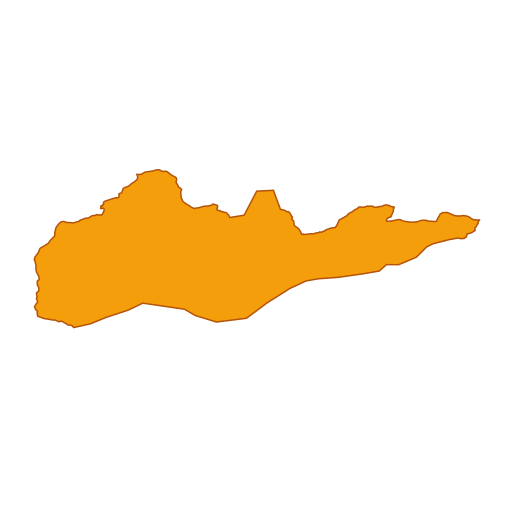 Berekum East Municipal, Brong Ahafo, Ghana, rotated 273°
{"feature_id": "2480657B78254100433505", "entity_name": "Berekum East Municipal", "entity_type": "district", "adm_level": 2, "iso_a3": "GHA", "parent_name": "Ghana", "parent_adm1": "Brong Ahafo", "projection": "equal_earth", "projection_center": [-2.534, 7.485], "detail": "fine", "context": "isolated", "style": "filled", "palette": "amber", "viewbox_px": 512, "rotation_deg": 273, "n_neighbors": 0, "source": "geoboundaries", "source_scale": "gbopen_adm2", "svg_char_len": 6022}
<svg xmlns="http://www.w3.org/2000/svg" viewBox="0 0 512 512"><g transform="rotate(273 256 256)"><path d="M303.7,477.3L303.6,476.4L303.4,475.8L303.4,475.4L303.4,474.6L303.7,473.2L303.7,471.0L304.6,469.1L304.7,468.8L305.6,467.7L306.5,465.9L307.0,463.8L307.2,461.0L307.1,459.8L306.5,456.9L306.7,455.9L306.4,455.1L306.6,454.1L306.7,452.5L307.1,450.9L308.2,448.2L308.8,446.4L309.3,445.5L309.5,442.9L309.2,442.0L309.1,440.0L308.1,438.7L307.5,437.7L307.2,437.5L306.1,437.1L303.2,435.6L301.8,435.1L301.0,434.6L300.0,434.4L299.9,433.7L299.8,431.7L299.9,428.2L299.8,426.4L300.5,424.5L300.5,422.4L300.3,419.7L300.1,418.8L298.5,415.2L298.5,414.3L298.2,412.7L298.1,411.6L297.9,408.8L298.5,401.4L299.4,399.3L299.8,398.1L299.9,397.6L299.9,397.0L299.6,395.3L298.6,391.7L298.0,388.9L297.4,384.9L298.4,384.3L299.3,384.6L300.8,385.6L301.6,387.0L301.9,388.5L302.0,388.6L308.0,390.8L310.0,390.8L311.4,391.4L312.1,391.4L312.2,390.7L312.2,390.3L312.7,387.4L313.2,386.8L313.5,386.3L313.5,385.2L313.8,383.7L313.9,383.1L313.4,382.1L313.3,381.1L313.1,380.6L312.3,379.5L312.0,378.3L311.9,376.8L311.5,375.5L311.1,374.7L311.0,374.3L311.1,373.7L311.0,373.3L310.8,373.1L310.8,372.4L311.3,370.7L311.8,369.7L311.9,368.9L311.8,367.5L311.5,366.2L311.7,365.1L311.7,364.6L310.3,361.2L310.4,356.3L309.4,355.5L307.7,353.2L307.4,352.2L305.8,350.6L305.3,349.7L304.8,349.2L304.2,347.8L302.8,345.8L301.8,345.2L300.8,344.4L300.1,343.0L299.6,342.5L296.2,337.1L291.0,335.2L290.3,334.8L289.8,334.3L288.8,333.8L288.3,333.3L288.4,333.1L288.3,332.5L288.4,332.0L288.2,330.9L287.7,329.7L287.6,329.3L287.6,328.5L287.4,328.0L287.0,327.8L286.8,327.5L286.6,326.3L286.2,325.7L285.9,324.7L285.5,324.5L285.3,323.8L284.6,323.2L284.0,321.4L283.2,320.7L283.4,320.2L283.2,319.5L283.2,319.1L283.4,318.3L282.9,317.8L282.7,317.3L282.5,316.8L282.5,316.3L282.3,315.6L282.1,314.5L281.7,313.8L281.5,313.0L281.1,312.4L281.1,311.6L281.0,311.2L280.9,310.7L281.1,310.1L281.1,308.7L280.8,308.0L280.6,306.8L280.3,305.8L280.4,304.9L280.1,304.1L280.2,303.7L280.1,302.7L280.2,302.1L280.4,301.7L280.2,301.3L280.0,301.1L280.0,300.8L280.1,300.4L283.0,299.0L284.6,297.7L285.1,297.5L285.9,296.7L286.8,295.1L288.3,292.9L289.2,292.3L289.5,292.4L292.6,291.9L293.1,291.6L293.9,290.8L294.3,290.0L295.3,289.9L296.7,290.4L297.0,290.2L297.3,289.8L297.9,289.3L298.7,288.9L301.1,287.3L301.9,286.1L302.0,285.7L301.8,284.7L301.9,284.3L303.0,282.6L303.9,278.0L313.0,274.0L322.5,270.0L320.8,253.3L296.1,242.0L293.1,227.8L294.6,227.0L295.3,226.8L295.8,225.8L297.6,224.3L298.0,223.3L298.0,222.1L298.4,220.5L298.6,219.1L299.0,218.6L299.3,217.5L299.8,214.9L300.1,214.6L300.4,214.5L303.5,215.1L304.2,215.0L304.5,214.7L304.7,214.1L305.7,210.3L304.4,208.9L304.0,207.6L303.1,203.6L303.0,201.8L302.6,200.2L301.7,198.0L301.3,196.6L300.9,195.0L300.8,193.9L300.4,192.2L300.2,191.9L301.3,188.8L302.6,187.2L303.0,186.5L303.6,184.7L304.1,184.0L306.3,180.6L306.9,180.1L309.3,178.8L310.0,178.3L310.4,178.3L314.5,177.6L315.8,177.5L316.6,177.6L317.8,178.1L318.4,178.2L319.0,177.9L319.8,176.8L320.5,175.8L320.9,175.1L321.1,174.9L322.8,174.1L323.6,173.6L324.4,172.8L324.7,172.6L325.8,172.4L326.5,172.4L328.3,172.8L328.8,172.7L329.4,172.5L330.2,171.8L330.6,171.2L332.0,168.2L332.4,167.4L335.6,162.8L335.9,162.0L335.9,161.2L335.9,160.6L335.5,158.7L335.8,157.5L336.8,155.5L337.0,154.7L336.9,152.9L336.4,150.9L335.4,148.3L334.4,142.7L333.8,140.5L333.2,139.6L331.8,137.5L331.4,136.4L331.2,132.7L329.0,133.7L327.2,133.6L326.1,133.1L323.4,130.4L322.0,128.1L320.4,126.6L319.7,125.9L318.6,124.1L317.5,121.3L316.4,119.9L315.7,119.6L312.9,118.8L312.1,118.3L311.7,117.7L311.2,116.2L310.8,115.9L310.2,115.8L309.3,116.1L308.9,116.2L307.5,115.8L307.2,115.6L307.0,114.7L306.8,112.9L306.4,111.5L304.1,105.5L303.2,103.2L302.6,101.9L302.0,101.2L301.6,101.0L301.2,100.9L300.4,101.2L300.1,101.2L299.4,100.4L298.7,100.5L298.5,100.4L298.3,100.3L298.1,99.8L298.0,98.7L297.9,98.5L297.6,98.4L296.9,98.8L295.9,98.3L295.5,98.3L295.3,98.4L295.1,98.8L295.7,100.8L295.7,101.3L294.9,101.9L294.0,101.9L293.1,101.8L291.2,101.1L289.8,100.3L289.4,100.2L288.8,99.7L288.7,99.2L289.0,98.1L289.0,97.7L288.6,96.4L288.6,96.0L289.0,95.3L289.0,94.8L288.9,94.4L288.6,94.0L288.1,93.3L288.0,92.9L288.0,91.9L287.8,90.8L287.6,90.2L285.9,87.6L285.3,86.9L285.1,86.3L285.0,84.4L284.8,83.6L284.1,82.3L283.9,81.7L282.5,78.5L282.3,78.2L281.3,77.3L280.8,75.4L279.8,72.9L279.6,72.0L279.4,71.2L279.6,69.7L279.6,65.1L280.4,62.1L280.4,61.4L280.2,60.7L279.9,59.9L279.3,58.8L277.9,57.5L274.7,55.2L273.9,54.8L269.2,53.9L265.3,53.8L264.9,53.6L264.5,53.3L263.8,52.3L263.1,51.7L262.1,51.0L260.8,49.7L258.0,48.1L257.4,47.4L256.3,45.7L255.8,45.3L253.2,41.1L252.6,40.3L252.1,39.9L251.0,39.4L248.3,38.6L247.6,38.2L243.4,35.4L242.1,35.0L241.1,34.9L240.8,34.7L240.2,35.2L235.4,36.7L231.5,36.9L230.1,37.2L228.7,37.6L227.6,38.1L224.6,39.9L223.4,40.4L222.1,40.7L221.4,40.8L221.0,40.6L219.7,39.0L219.3,38.9L216.3,39.0L215.6,39.2L213.4,40.5L212.9,40.7L210.1,40.8L209.4,40.6L209.0,40.3L208.0,39.0L207.4,38.7L205.2,39.1L204.3,39.6L202.3,39.0L201.8,39.0L198.8,40.4L198.4,40.2L196.9,39.1L193.7,37.4L192.8,38.0L191.8,38.4L191.1,38.6L190.8,38.8L190.0,39.9L189.6,40.4L189.4,40.6L186.8,40.5L184.4,41.2L182.4,47.9L182.3,48.6L182.1,51.6L181.7,54.2L181.4,56.9L181.5,58.9L180.0,62.7L180.8,65.1L178.2,70.5L177.7,71.1L177.4,71.8L177.2,72.4L177.2,74.3L176.9,75.9L175.0,77.7L179.6,94.2L186.8,109.4L195.2,131.1L203.0,145.4L199.1,187.4L193.4,198.4L188.0,220.0L193.3,249.7L209.9,269.7L225.4,291.6L233.7,307.2L236.5,319.4L239.0,339.3L243.6,362.8L247.4,379.8L254.2,386.8L254.8,399.0L263.2,416.2L274.0,426.0L277.5,432.2L282.4,447.8L284.6,457.2L284.0,459.3L284.4,463.0L284.9,463.1L285.5,464.3L285.9,464.4L286.2,465.1L287.3,465.4L288.5,465.4L289.2,465.7L289.4,466.0L289.3,466.8L289.4,467.1L289.7,467.6L289.9,468.5L290.4,469.5L290.5,470.1L290.8,470.5L291.1,470.8L292.6,473.0L293.0,473.5L293.6,473.2L293.9,473.2L294.3,473.0L295.5,473.2L295.7,473.3L295.8,473.6L297.3,474.6L298.4,474.9L299.3,475.3L299.5,475.8L300.6,476.1L300.8,475.9L301.3,476.0L303.0,476.7L303.5,477.3L303.7,477.3Z" fill="#f59e0b" stroke="#b45309" stroke-width="1.5"/></g></svg>